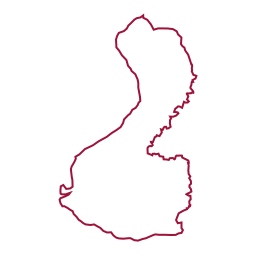 the district of Asprogia, Paphos, Cyprus
{"feature_id": "46923920B38834541661991", "entity_name": "Asprogia", "entity_type": "district", "adm_level": 2, "iso_a3": "CYP", "parent_name": "Cyprus", "parent_adm1": "Paphos", "projection": "albers", "projection_center": [32.61, 34.943], "detail": "fine", "context": "isolated", "style": "outline", "palette": "rose", "viewbox_px": 256, "rotation_deg": 0, "n_neighbors": 0, "source": "geoboundaries", "source_scale": "gbopen_adm2", "svg_char_len": 3393}
<svg xmlns="http://www.w3.org/2000/svg" viewBox="0 0 256 256"><path d="M143.2,15.4L140.5,17.4L136.7,18.2L134.3,19.7L130.7,23.4L128.3,25.6L126.8,28.6L123.9,31.1L118.8,32.9L117.2,35.8L116.0,39.6L116.3,44.7L116.4,47.4L119.1,50.6L122.0,55.4L126.4,60.0L128.0,65.7L130.8,68.9L131.5,70.9L135.3,74.2L137.6,79.4L138.3,82.9L138.3,87.6L139.2,92.6L140.0,96.9L140.3,101.0L138.6,102.7L137.6,105.2L135.7,107.8L132.3,109.8L130.1,113.7L128.0,115.3L124.0,119.5L123.1,123.0L120.6,127.1L116.1,130.3L111.6,133.1L106.7,136.9L98.8,141.2L92.9,145.3L84.9,149.1L79.4,154.4L75.4,156.8L75.8,158.7L74.7,161.2L73.4,163.6L71.7,166.4L70.9,169.2L71.7,176.4L72.4,180.1L72.6,186.7L70.1,188.5L66.2,188.9L63.3,185.0L60.8,186.3L60.4,190.7L60.6,193.7L62.2,194.4L65.8,194.3L70.1,192.8L68.7,194.6L65.1,196.4L60.5,198.2L59.6,199.7L60.5,203.2L62.4,206.3L64.3,206.2L67.6,208.0L70.5,210.0L72.7,211.2L73.7,214.0L76.7,217.0L78.6,219.7L80.6,221.0L83.2,223.1L85.6,224.4L89.7,224.9L90.5,225.0L93.1,224.6L94.0,224.4L97.7,226.5L100.3,227.9L103.3,230.9L107.0,232.5L111.1,232.3L113.4,235.4L116.2,237.6L118.8,238.4L123.2,238.7L128.8,238.2L130.5,238.2L134.4,240.2L138.0,240.6L142.3,239.1L146.0,238.2L153.8,234.8L155.5,234.4L159.0,234.8L165.2,234.8L171.1,235.0L175.7,234.9L178.5,233.4L181.5,232.9L182.9,230.1L181.5,228.1L181.5,224.6L181.5,222.5L177.8,223.2L176.1,220.1L176.8,218.1L178.7,213.3L183.3,210.7L186.9,209.2L186.8,208.3L187.6,208.4L188.7,207.4L188.9,206.5L189.1,206.0L190.0,206.2L190.4,205.1L189.7,204.5L189.4,203.4L189.3,202.2L189.3,201.2L190.7,199.2L190.4,195.8L188.6,195.6L186.4,194.2L186.5,194.1L189.1,192.9L191.4,191.6L190.9,189.1L189.4,187.0L189.5,185.3L189.5,185.2L191.0,183.7L190.9,181.1L189.2,178.1L190.3,176.4L188.7,174.1L188.3,170.4L188.7,165.6L188.0,162.8L188.8,162.8L188.8,162.7L188.4,160.6L186.7,159.7L184.4,158.6L182.2,157.5L182.0,155.7L180.1,155.5L178.3,155.7L176.6,155.6L175.7,156.4L175.1,158.8L174.4,159.3L172.8,158.0L169.8,158.2L168.8,159.9L166.7,159.5L163.6,159.3L163.3,156.7L159.6,156.2L158.5,153.7L156.6,154.1L155.6,154.3L154.7,153.7L152.8,153.8L152.3,155.3L150.6,154.5L147.7,153.4L147.5,148.4L147.8,147.5L147.9,147.3L149.0,146.3L150.0,146.0L151.6,146.2L152.7,145.2L152.2,143.7L151.0,142.3L150.9,141.8L151.0,141.8L152.0,142.1L152.9,142.0L152.9,141.8L153.5,140.6L154.3,138.5L154.8,137.2L156.4,136.4L156.7,135.3L159.5,136.1L161.8,132.4L161.0,129.4L162.7,129.9L162.8,129.8L163.4,128.2L163.5,128.1L164.5,126.8L166.1,126.8L166.7,128.6L168.5,128.3L170.6,126.8L169.9,123.7L170.0,120.1L171.1,118.4L170.1,116.6L173.3,116.7L176.1,115.6L178.4,113.4L177.6,112.3L174.1,111.9L175.1,109.1L175.2,108.9L178.1,106.4L179.6,106.5L182.1,107.8L182.8,105.6L184.0,101.8L185.5,102.6L187.7,102.5L188.8,101.4L187.0,99.4L188.3,96.4L187.6,95.2L187.3,94.7L186.9,94.1L186.8,93.6L187.2,93.3L188.2,93.5L190.1,93.3L191.1,93.2L191.4,92.7L191.5,92.6L191.9,92.6L193.3,92.8L193.4,92.3L193.1,91.3L192.5,90.4L190.6,88.4L190.4,87.5L190.6,86.8L191.0,85.9L191.3,85.1L191.5,83.9L191.6,82.8L191.9,82.0L192.0,82.0L192.0,81.9L193.1,81.9L192.9,81.4L192.5,80.1L193.4,79.6L195.5,78.5L195.5,78.4L196.4,75.9L195.5,75.5L193.4,74.9L192.4,72.7L191.8,71.3L192.1,69.9L191.8,68.2L192.2,66.1L191.9,64.6L191.4,64.6L190.9,63.0L189.5,58.7L188.1,54.6L185.2,50.5L184.4,47.6L182.6,46.3L181.0,44.2L181.4,37.5L178.1,34.5L176.7,31.3L172.9,29.1L168.0,28.5L162.7,28.4L158.1,28.4L153.7,29.7L151.0,24.5L147.3,19.8L143.3,17.8L143.2,15.4Z" fill="none" stroke="#9f1239" stroke-width="2"/></svg>